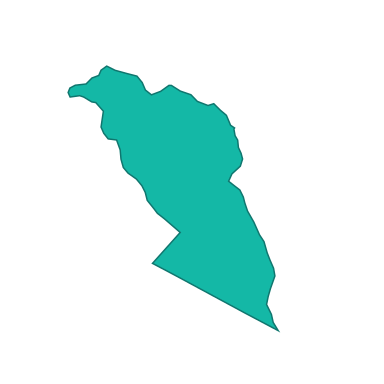 Mathikoloni, Limassol, Cyprus, rotated 136°
{"feature_id": "46923920B8484805668127", "entity_name": "Mathikoloni", "entity_type": "district", "adm_level": 2, "iso_a3": "CYP", "parent_name": "Cyprus", "parent_adm1": "Limassol", "projection": "albers", "projection_center": [33.058, 34.784], "detail": "fine", "context": "isolated", "style": "filled", "palette": "teal", "viewbox_px": 384, "rotation_deg": 136, "n_neighbors": 0, "source": "geoboundaries", "source_scale": "gbopen_adm2", "svg_char_len": 1143}
<svg xmlns="http://www.w3.org/2000/svg" viewBox="0 0 384 384"><g transform="rotate(136 192 192)"><path d="M226.3,32.4L224.2,41.8L219.9,48.8L216.5,59.3L209.8,63.9L202.7,68.0L190.7,74.0L186.3,80.5L183.1,89.1L180.2,96.0L174.7,106.3L173.2,114.3L168.4,127.5L165.3,139.7L161.6,147.5L158.6,152.7L156.2,160.2L157.2,167.0L158.2,174.3L150.7,177.3L139.3,177.0L132.7,180.6L129.8,185.8L127.7,191.8L123.1,197.6L121.9,202.6L118.1,208.2L116.9,208.5L117.9,213.2L114.0,223.3L114.8,231.1L115.0,240.4L120.4,243.1L125.2,253.4L125.2,262.7L130.3,272.7L132.8,283.0L134.5,284.7L144.7,286.2L153.7,290.1L154.7,297.7L151.8,305.3L151.1,313.6L156.4,322.2L160.9,329.8L162.8,333.0L165.9,341.8L172.8,342.8L178.1,340.6L183.2,342.8L184.7,343.5L193.2,343.3L201.8,349.9L207.6,351.6L212.0,349.6L213.7,345.0L205.9,339.3L204.0,335.7L201.5,326.4L199.1,323.2L199.6,311.7L205.7,307.0L212.3,301.9L214.7,295.5L215.4,288.4L210.1,281.8L214.4,272.2L220.3,264.9L224.4,257.3L224.9,250.0L223.0,239.9L223.7,231.3L225.9,224.2L230.0,217.1L231.0,206.4L231.7,200.7L230.5,192.2L228.6,171.1L270.0,168.1L262.1,144.0L238.1,68.5L226.3,32.4Z" fill="#14b8a6" stroke="#0f766e" stroke-width="1.5"/></g></svg>